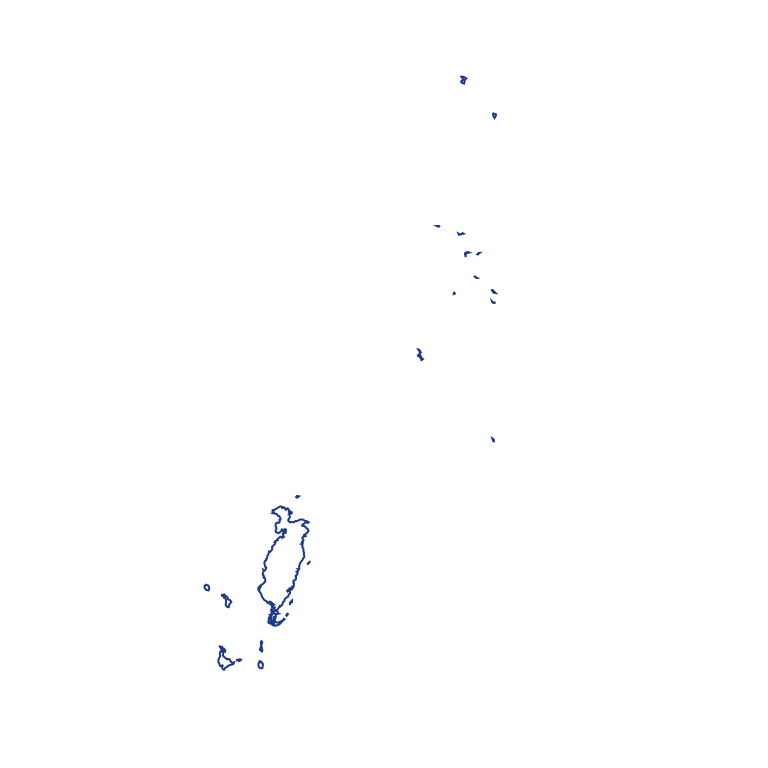 Manus District, Manus, Papua New Guinea (Robinson projection), rotated 105°
{"feature_id": "67681753B50944045415739", "entity_name": "Manus District", "entity_type": "district", "adm_level": 2, "iso_a3": "PNG", "parent_name": "Papua New Guinea", "parent_adm1": "Manus", "projection": "robinson", "projection_center": [146.566, -1.667], "detail": "fine", "context": "isolated", "style": "outline", "palette": "blue", "viewbox_px": 768, "rotation_deg": 105, "n_neighbors": 0, "source": "geoboundaries", "source_scale": "gbopen_adm2", "svg_char_len": 6162}
<svg xmlns="http://www.w3.org/2000/svg" viewBox="0 0 768 768"><g transform="rotate(105 384 384)"><path d="M573.0,416.9L572.2,416.2L570.7,416.5L569.5,417.4L567.8,417.4L566.9,418.3L563.8,419.3L562.8,420.7L560.6,421.0L560.1,422.6L558.7,421.4L558.1,422.2L557.4,421.5L556.8,422.1L555.5,421.4L553.9,423.1L552.7,422.8L551.3,420.5L551.0,420.9L551.6,421.7L550.7,422.2L550.3,421.0L549.8,421.5L548.0,420.0L545.4,418.8L543.5,420.5L543.1,422.2L541.8,424.0L542.3,426.1L541.1,426.5L537.7,423.4L537.9,421.7L537.2,421.0L536.5,422.4L536.7,425.2L536.0,426.7L536.4,429.6L539.1,432.8L539.1,433.8L541.0,435.5L540.9,436.8L542.0,439.2L540.3,441.4L536.9,440.4L534.3,441.8L533.4,440.2L532.3,439.6L531.6,439.9L531.6,440.8L532.8,442.0L531.9,441.8L531.9,442.8L531.2,443.1L530.4,442.8L530.0,444.0L529.1,444.6L529.2,445.3L530.9,446.3L529.2,448.0L530.0,449.9L529.2,449.9L529.5,450.7L528.9,451.3L528.9,452.3L532.9,456.4L533.7,456.7L534.5,458.8L535.2,459.1L535.8,458.7L535.7,458.0L536.5,457.1L537.5,458.2L537.4,453.9L538.8,452.3L538.7,450.9L540.7,449.1L541.7,449.0L542.2,449.8L543.4,449.2L544.9,449.2L545.4,449.7L545.3,451.0L546.7,452.4L549.5,451.9L551.0,450.5L553.7,450.8L555.0,450.0L555.4,447.3L553.2,445.5L550.8,444.9L550.9,442.8L549.7,441.8L550.2,440.8L551.3,440.8L551.5,442.3L552.5,443.3L553.1,442.4L552.6,440.7L553.1,440.4L554.9,443.0L557.8,441.1L558.1,441.9L557.8,442.4L558.9,442.7L558.2,443.6L558.3,444.6L561.8,446.9L562.3,446.3L564.0,448.4L564.6,448.0L565.2,448.7L565.6,447.9L566.5,447.8L570.4,450.1L571.4,449.4L573.0,449.3L575.6,450.5L575.5,451.8L578.6,451.5L580.0,452.2L582.8,451.9L583.6,452.6L585.0,452.3L585.6,453.1L587.3,453.4L590.9,451.8L591.8,450.9L591.7,450.3L593.1,450.2L594.9,450.8L594.6,452.5L595.7,451.7L599.0,452.1L599.8,450.9L600.4,451.1L601.0,450.0L601.8,450.3L602.5,449.6L602.6,448.6L605.4,447.5L606.1,448.2L607.2,448.3L609.9,450.5L612.9,450.8L614.1,451.5L614.7,451.2L615.1,452.0L615.5,451.9L618.8,448.2L620.9,446.9L623.4,444.1L624.1,442.3L624.0,441.5L625.8,439.5L625.2,438.7L623.9,438.4L623.7,437.4L625.1,434.1L625.9,434.2L625.9,433.2L626.8,433.9L625.6,434.8L625.8,435.6L624.5,436.2L624.8,436.8L626.3,436.9L626.6,435.7L627.8,434.3L628.6,434.5L629.1,433.9L628.1,431.7L633.3,431.5L634.4,428.9L633.1,426.5L633.0,427.3L631.6,427.6L631.0,430.2L629.4,428.5L626.6,427.6L626.1,426.7L625.0,427.0L624.7,425.8L623.7,425.2L620.7,425.1L619.3,424.0L617.8,424.3L615.8,423.3L614.4,421.7L611.9,421.5L611.3,420.8L610.1,420.6L609.0,421.1L608.2,422.2L609.5,423.4L609.1,423.9L608.3,423.9L606.9,422.6L607.7,421.5L607.1,420.8L605.9,422.2L604.9,420.9L605.8,419.8L604.4,419.3L603.3,419.9L603.2,418.9L600.6,419.1L600.1,419.8L599.2,419.6L598.8,420.3L597.5,420.5L596.0,418.7L594.2,418.6L592.5,419.6L592.1,419.1L591.5,419.4L590.9,418.7L589.2,418.5L588.1,419.7L587.8,418.9L587.0,419.1L586.6,418.4L585.4,418.5L585.0,419.4L584.3,418.0L582.1,418.8L578.6,418.7L574.9,417.1L573.0,416.9ZM693.6,457.1L691.6,456.8L691.9,457.5L692.7,457.7L692.8,458.3L691.6,460.5L689.9,461.5L689.9,463.7L690.6,464.3L688.6,468.6L687.8,469.4L685.2,469.7L684.3,469.2L683.4,469.8L683.5,468.2L682.2,468.4L681.0,470.2L681.1,471.2L679.8,472.4L680.2,473.6L679.6,475.5L682.7,471.7L681.9,472.0L682.4,471.3L683.9,471.0L684.6,471.5L684.6,472.0L683.2,472.0L685.0,472.9L687.5,472.7L688.9,471.8L693.4,472.6L695.6,472.0L696.4,470.9L698.8,469.4L698.7,468.4L697.5,467.3L697.9,466.9L698.4,467.4L700.1,466.9L701.4,465.5L701.3,464.4L699.1,463.8L697.0,461.6L696.4,461.6L693.6,457.1ZM645.8,426.9L643.6,423.1L636.8,419.2L636.7,420.0L637.7,420.2L639.3,421.4L641.9,424.5L642.2,425.4L641.4,428.4L641.9,429.0L643.0,427.3L642.4,431.7L642.7,432.0L641.6,431.8L640.6,432.9L639.4,432.7L638.5,433.4L638.3,432.8L639.9,432.5L642.1,430.3L640.5,428.8L638.9,430.2L637.4,430.4L637.2,429.1L638.0,428.3L635.4,428.4L634.8,428.8L633.6,431.8L634.5,432.1L633.0,432.5L632.5,431.7L632.0,431.9L631.7,433.3L630.6,434.2L631.4,434.7L632.8,433.7L634.8,433.3L636.4,433.6L636.6,434.3L637.2,433.5L639.6,434.7L644.4,433.9L644.8,432.8L644.8,430.4L644.0,430.7L643.6,429.0L645.3,427.5L645.0,429.1L645.7,429.2L645.8,426.9ZM633.9,475.1L632.7,476.8L632.3,478.9L630.0,480.5L629.9,482.1L628.7,483.7L629.6,484.3L629.2,485.1L629.5,485.9L630.4,485.7L630.8,483.9L631.9,483.3L632.1,481.8L632.7,481.2L634.1,480.4L638.7,479.6L639.9,477.7L639.9,476.3L638.7,476.1L637.7,476.6L633.9,475.1ZM689.9,427.9L685.9,428.4L684.0,430.6L684.1,431.4L684.5,430.7L684.9,431.4L684.1,432.0L685.1,432.7L686.9,432.9L689.5,431.9L690.7,430.3L689.9,427.9ZM627.2,504.6L629.0,502.4L628.7,499.9L625.6,500.2L624.1,501.6L623.9,504.0L624.8,504.2L625.1,505.0L627.2,504.6ZM69.1,384.5L67.5,383.6L66.6,386.7L67.2,388.8L69.2,386.4L70.1,386.3L71.4,387.7L72.4,387.6L73.2,385.5L73.1,384.4L69.1,384.5ZM672.8,435.2L674.0,432.8L672.8,432.5L668.1,434.9L664.9,434.7L664.1,435.8L665.0,436.2L669.1,434.9L672.8,435.2ZM351.8,354.5L349.9,352.9L349.6,353.9L347.3,356.1L345.0,357.5L346.5,357.8L347.7,358.7L348.3,358.2L348.2,356.8L349.6,355.4L349.7,354.0L351.8,354.5ZM94.4,348.5L95.8,348.5L98.5,346.1L96.4,345.4L94.4,345.7L94.4,348.5ZM237.9,338.6L236.1,338.0L235.0,335.8L234.9,337.6L236.3,339.4L237.4,339.5L240.2,337.9L237.9,338.6ZM265.6,304.0L267.5,301.8L267.2,299.7L265.2,303.4L265.2,304.0L265.6,304.0ZM689.4,455.4L688.6,454.1L688.5,453.3L689.2,452.6L689.0,451.8L687.3,450.8L687.2,451.9L688.3,454.3L689.4,455.4ZM516.0,439.6L516.3,438.4L514.5,437.1L514.7,439.1L516.0,439.6ZM408.5,265.3L410.9,263.7L410.9,263.0L409.1,263.7L408.5,265.3ZM618.5,416.4L616.9,416.8L619.4,418.2L621.8,417.8L619.5,417.7L618.5,416.4ZM219.4,351.1L220.5,350.3L218.2,346.1L217.9,347.2L219.1,347.9L219.8,349.4L219.4,351.1ZM341.8,359.8L344.0,357.4L343.8,356.8L341.8,358.9L341.8,359.8ZM279.0,339.9L277.9,338.3L278.3,339.8L276.8,340.2L279.0,339.9ZM631.2,417.2L630.8,417.6L631.5,418.3L632.6,418.5L632.7,418.1L633.5,418.7L632.9,417.8L631.2,417.2ZM614.5,451.7L612.4,452.1L613.6,452.7L614.7,452.3L614.5,451.7ZM276.8,300.8L277.4,299.4L277.0,298.1L276.6,298.2L277.0,299.7L276.1,301.2L276.8,300.8ZM256.4,325.1L257.7,322.2L257.4,321.4L256.4,325.1ZM578.2,411.3L575.5,409.7L575.2,409.8L576.3,410.8L578.2,411.3ZM217.7,373.9L218.1,372.2L217.5,371.4L217.1,371.8L217.7,373.9ZM234.6,327.4L234.6,326.9L232.6,325.5L233.0,326.6L234.6,327.4Z" fill="none" stroke="#1e3a8a" stroke-width="2"/></g></svg>